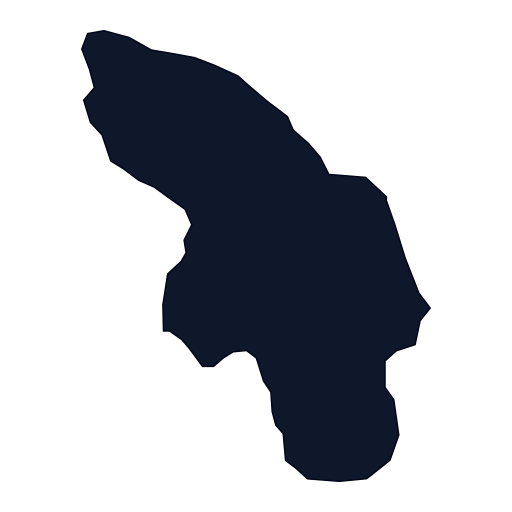 Valdemarsvik, Östergötland, Sweden
{"feature_id": "70781695B36298278943399", "entity_name": "Valdemarsvik", "entity_type": "district", "adm_level": 2, "iso_a3": "SWE", "parent_name": "Sweden", "parent_adm1": "Östergötland", "projection": "mercator", "projection_center": [16.563, 58.217], "detail": "fine", "context": "isolated", "style": "filled", "palette": "ink", "viewbox_px": 512, "rotation_deg": 0, "n_neighbors": 0, "source": "geoboundaries", "source_scale": "gbopen_adm2", "svg_char_len": 977}
<svg xmlns="http://www.w3.org/2000/svg" viewBox="0 0 512 512"><path d="M366.3,478.7L371.2,475.2L390.0,460.1L398.8,435.0L393.8,399.8L385.0,387.3L385.0,360.9L396.3,350.8L415.1,344.6L420.1,320.7L430.2,308.1L418.9,293.1L405.1,257.9L395.0,225.2L386.2,200.1L386.5,196.9L365.6,177.4L342.4,175.5L328.9,174.5L320.2,157.2L308.6,143.6L293.2,130.1L287.4,116.6L267.1,101.2L247.8,84.8L238.2,76.1L215.0,65.5L194.7,57.7L179.3,54.8L151.3,50.0L129.1,37.5L104.0,30.7L87.6,33.6L81.8,49.1L89.5,69.3L94.4,87.7L83.7,100.2L89.5,119.2L90.5,122.4L102.1,135.0L110.8,161.0L123.3,168.7L138.8,180.3L154.2,187.1L168.7,197.7L185.1,209.3L191.8,224.7L184.1,240.2L186.1,252.7L181.2,261.4L167.7,273.9L162.9,304.8L163.5,331.0L169.5,331.0L181.7,339.5L189.1,348.1L202.5,366.4L213.5,366.4L223.3,357.9L233.1,351.8L246.5,350.5L256.3,357.9L263.6,381.1L270.9,392.1L272.2,411.6L275.8,425.1L283.2,433.6L285.6,460.5L295.4,467.8L307.6,478.8L339.4,481.3L366.3,478.7Z" fill="#0f172a" stroke="#020617" stroke-width="1.5"/></svg>